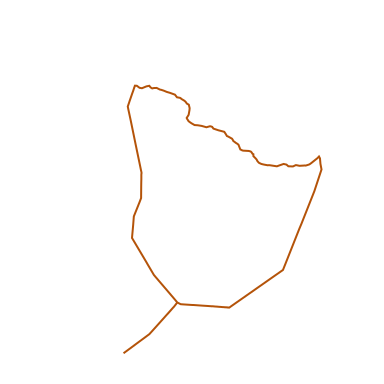 Shendi, River Nile, Sudan (Equal Earth projection), rotated 65°
{"feature_id": "16777658B52401836398535", "entity_name": "Shendi", "entity_type": "district", "adm_level": 2, "iso_a3": "SDN", "parent_name": "Sudan", "parent_adm1": "River Nile", "projection": "equal_earth", "projection_center": [33.672, 16.371], "detail": "fine", "context": "isolated", "style": "outline", "palette": "amber", "viewbox_px": 384, "rotation_deg": 65, "n_neighbors": 0, "source": "geoboundaries", "source_scale": "gbopen_adm2", "svg_char_len": 2858}
<svg xmlns="http://www.w3.org/2000/svg" viewBox="0 0 384 384"><g transform="rotate(65 192 192)"><path d="M213.5,61.9L214.3,63.9L216.2,71.7L216.6,73.9L216.4,75.7L216.1,77.8L215.6,78.6L215.4,79.2L213.7,83.5L211.9,85.9L211.5,86.6L211.5,89.7L211.1,90.5L209.4,93.8L207.1,94.8L205.3,97.1L204.8,101.8L204.6,104.2L200.8,109.9L200.4,110.5L199.7,112.2L197.7,115.0L197.1,115.8L195.8,117.4L195.1,117.9L194.4,118.6L193.6,119.1L191.4,119.7L189.9,119.7L187.9,120.3L185.5,121.2L183.7,120.4L183.0,121.0L181.6,121.2L181.0,121.3L180.1,121.7L178.8,123.2L176.1,128.2L175.4,129.0L174.9,129.3L173.9,130.2L173.2,130.2L171.9,130.1L168.7,129.9L167.2,130.7L165.7,131.7L164.8,132.1L163.6,132.8L163.2,133.0L161.9,133.0L160.6,133.2L157.0,135.8L156.0,136.7L153.8,136.9L151.1,137.3L149.1,139.7L147.3,141.9L143.6,145.8L141.5,146.2L140.7,147.0L140.0,147.9L139.4,151.6L138.6,152.5L136.2,155.3L134.0,158.5L132.4,161.4L129.4,163.5L127.5,164.6L126.3,165.2L125.2,165.3L123.1,165.6L122.6,165.5L121.8,164.2L120.6,162.4L116.9,159.8L115.0,158.7L113.0,158.3L111.5,158.0L109.7,159.3L108.5,159.5L107.5,159.7L106.1,160.3L104.3,161.5L103.3,162.2L102.1,162.7L101.5,163.2L99.8,165.6L96.6,166.3L92.8,170.1L90.6,172.6L88.3,174.7L86.4,176.7L85.6,177.8L82.8,180.0L81.7,182.4L81.3,184.3L79.6,185.4L77.7,185.8L77.0,188.7L76.8,193.5L75.4,195.5L72.4,197.1L71.5,198.8L71.8,199.1L72.0,199.3L72.8,200.0L73.0,200.2L73.0,200.3L73.7,200.9L73.8,201.0L74.5,201.7L74.9,202.0L76.5,203.6L77.4,204.5L83.4,210.3L84.9,211.7L85.0,211.8L85.3,212.1L87.4,214.1L90.3,214.8L100.8,217.2L117.2,221.1L123.9,222.7L146.4,228.0L150.6,229.0L152.0,229.3L153.5,229.7L153.9,230.0L154.2,230.2L154.3,230.3L154.8,230.5L155.1,230.7L157.5,231.8L159.4,232.7L161.8,233.9L165.1,235.5L176.0,240.7L179.1,243.9L186.5,251.8L189.5,255.0L197.1,259.3L208.3,265.8L233.3,263.3L237.3,262.9L238.7,262.8L251.1,261.6L252.5,261.2L253.7,260.9L255.4,260.4L258.0,259.7L265.9,257.5L281.4,253.2L285.9,252.0L288.4,256.9L288.7,257.7L288.9,258.2L292.4,266.3L299.0,281.7L302.8,290.7L309.2,322.2L305.2,302.5L302.8,290.7L299.0,281.7L292.4,266.3L292.0,265.2L290.3,261.3L288.9,258.2L288.7,257.7L288.4,256.9L285.9,252.0L286.3,251.7L288.9,249.7L290.4,247.0L294.3,239.9L295.0,238.5L299.5,230.4L300.7,228.2L301.9,226.0L302.8,224.4L303.9,222.4L304.0,222.3L304.0,222.2L304.5,221.2L305.4,219.7L305.6,219.4L306.0,218.6L306.3,218.1L306.6,217.5L307.5,216.0L308.2,214.7L308.8,213.7L309.0,213.3L309.2,213.0L309.3,212.8L309.6,212.2L309.9,211.6L310.0,211.5L310.2,211.2L310.3,211.0L310.4,210.9L310.5,210.6L310.6,210.4L310.7,210.2L310.9,210.0L310.9,209.8L311.2,209.3L311.3,209.2L311.5,208.9L311.5,208.7L311.8,208.4L311.9,208.2L312.0,208.0L312.0,207.9L312.3,207.5L312.3,207.3L312.4,207.2L312.5,207.1L312.5,206.9L312.1,204.9L308.7,185.6L301.1,142.5L296.6,137.7L270.9,110.5L267.1,106.3L243.0,80.8L226.3,65.1L220.8,63.7L215.6,61.8L213.5,61.9Z" fill="none" stroke="#b45309" stroke-width="2"/></g></svg>